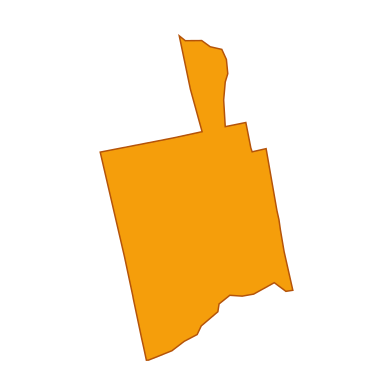 the district of Houston, Alabama, United States of America, rotated 78°
{"feature_id": "52423323B72584832166287", "entity_name": "Houston", "entity_type": "district", "adm_level": 2, "iso_a3": "USA", "parent_name": "United States of America", "parent_adm1": "Alabama", "projection": "mercator", "projection_center": [-85.275, 31.156], "detail": "fine", "context": "isolated", "style": "filled", "palette": "amber", "viewbox_px": 384, "rotation_deg": 78, "n_neighbors": 0, "source": "geoboundaries", "source_scale": "gbopen_adm2", "svg_char_len": 761}
<svg xmlns="http://www.w3.org/2000/svg" viewBox="0 0 384 384"><g transform="rotate(78 192 192)"><path d="M133.9,273.5L241.2,271.5L280.3,271.5L281.3,271.5L284.1,271.6L322.8,271.7L324.0,271.7L325.2,271.7L334.4,271.6L334.8,271.6L336.0,271.6L337.4,271.6L347.0,271.6L347.4,269.4L343.1,244.6L337.7,233.3L336.4,230.5L332.5,216.6L324.9,210.8L314.5,191.6L307.1,188.8L300.9,176.5L304.3,164.5L304.7,152.9L297.8,130.4L308.7,120.8L309.1,113.8L269.5,114.3L247.5,113.4L237.2,112.7L227.9,112.8L165.0,110.5L165.2,124.8L161.2,125.3L142.8,125.0L135.2,124.9L135.0,145.9L108.6,141.9L91.3,136.6L83.7,132.4L69.5,130.8L58.7,133.2L53.7,144.0L45.9,151.0L42.6,167.1L36.6,172.0L91.2,172.2L135.1,169.6L135.2,199.6L133.9,273.5Z" fill="#f59e0b" stroke="#b45309" stroke-width="1.5"/></g></svg>